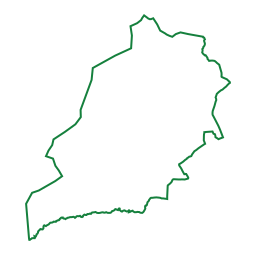 Yorosso, Sikasso, Mali
{"feature_id": "8926073B52464298998123", "entity_name": "Yorosso", "entity_type": "district", "adm_level": 2, "iso_a3": "MLI", "parent_name": "Mali", "parent_adm1": "Sikasso", "projection": "mercator", "projection_center": [-4.768, 12.344], "detail": "fine", "context": "isolated", "style": "outline", "palette": "green", "viewbox_px": 256, "rotation_deg": 0, "n_neighbors": 0, "source": "geoboundaries", "source_scale": "gbopen_adm2", "svg_char_len": 4545}
<svg xmlns="http://www.w3.org/2000/svg" viewBox="0 0 256 256"><path d="M92.8,68.0L91.6,79.9L80.6,109.9L80.8,117.1L75.4,124.3L64.9,131.9L53.5,139.4L52.2,145.1L48.5,150.6L46.0,156.2L53.0,158.6L55.4,165.8L58.8,170.5L62.1,176.2L55.2,181.1L38.8,190.5L32.1,192.8L26.1,203.8L29.0,238.2L29.4,240.6L29.6,240.0L30.4,239.3L31.5,238.7L32.0,238.2L33.9,238.1L34.7,238.2L35.1,237.6L34.9,237.1L34.6,236.7L34.5,236.2L35.2,236.5L35.9,236.3L36.4,235.2L36.5,234.4L37.4,233.7L38.0,232.6L38.1,231.5L38.6,230.8L39.4,230.3L39.6,229.8L40.3,229.3L40.3,229.2L40.8,229.0L41.2,229.2L41.8,229.4L42.6,229.4L43.4,228.4L43.5,226.3L43.9,225.6L44.1,225.4L44.3,225.3L44.7,225.5L45.0,225.7L45.9,226.1L46.9,225.3L48.7,224.4L49.3,223.7L50.3,222.7L51.8,222.6L52.6,222.4L53.1,222.1L53.5,221.7L54.2,221.7L55.2,221.8L56.0,221.7L56.3,220.9L56.7,220.8L57.7,220.6L58.2,220.1L59.1,220.1L59.6,219.5L59.8,218.8L60.6,218.5L61.0,217.8L61.8,217.5L62.8,217.5L62.9,218.1L63.2,218.3L63.5,218.5L64.2,218.5L64.8,218.7L65.4,219.1L66.1,218.6L66.9,218.3L67.4,217.8L68.4,217.7L70.2,217.1L71.8,217.1L72.3,217.0L73.5,216.8L74.4,217.2L75.0,217.8L75.7,217.3L76.5,216.4L77.2,216.1L77.7,216.1L77.8,216.1L78.3,216.2L79.1,216.2L80.0,215.8L80.7,216.3L80.9,216.8L82.0,217.1L82.9,216.6L83.1,215.7L84.0,214.9L84.4,214.6L85.4,214.9L85.7,215.0L86.5,215.0L86.9,214.5L87.3,214.1L87.6,214.0L88.3,214.1L88.9,214.0L89.6,213.7L90.1,213.5L90.9,213.9L91.4,213.4L91.6,213.0L92.1,212.5L93.0,212.4L94.3,212.3L95.5,212.0L96.2,212.4L96.6,212.6L97.1,212.9L98.5,213.0L99.9,212.9L101.3,212.5L102.5,212.3L103.3,212.4L104.0,212.7L104.9,212.7L105.6,212.4L106.2,212.2L106.8,212.5L107.5,212.8L108.7,212.9L109.8,212.9L110.7,212.7L111.5,212.0L112.1,211.1L113.0,210.9L113.9,210.5L114.9,209.7L115.1,209.4L115.3,209.1L116.1,209.3L117.1,209.8L118.0,210.1L118.3,209.6L118.5,209.4L118.7,208.7L119.2,208.4L119.7,208.6L119.7,209.3L119.5,209.8L119.6,210.1L120.5,210.6L120.8,210.9L121.0,211.2L122.0,211.6L123.0,210.8L124.1,210.4L124.7,210.4L125.0,210.7L125.3,210.9L126.8,211.5L128.0,211.3L128.5,210.8L128.5,210.7L129.0,210.3L129.4,210.6L129.3,210.9L129.2,211.2L129.1,211.7L129.0,212.2L130.2,211.8L131.5,211.1L131.9,210.9L132.2,210.8L132.6,210.7L132.8,211.0L133.3,211.5L133.7,211.7L134.5,212.2L136.0,212.2L137.1,212.0L137.3,211.9L138.4,212.0L139.1,212.0L140.3,212.7L142.2,212.9L143.3,212.1L144.4,210.4L145.3,208.6L145.1,207.3L145.1,206.4L145.4,205.7L145.9,205.4L146.3,205.6L146.8,205.1L147.2,203.6L147.4,202.8L147.4,202.4L147.5,202.2L147.9,201.8L148.9,200.7L149.1,199.9L149.9,198.9L150.3,198.3L151.1,197.8L152.3,197.8L154.8,197.5L156.5,197.4L158.6,197.6L160.2,197.8L161.6,198.4L161.9,198.4L163.1,198.4L164.5,198.6L166.1,198.8L167.2,199.0L167.2,196.2L167.7,185.9L167.8,185.4L168.9,184.5L170.0,183.6L170.6,183.0L171.6,181.9L172.3,180.3L172.7,179.6L173.7,179.2L178.9,179.5L182.1,179.4L182.9,179.4L184.7,179.5L186.9,178.9L188.0,178.6L188.3,177.9L187.8,176.7L186.6,174.7L186.2,174.0L185.6,173.9L184.8,174.2L184.3,174.2L182.7,171.4L181.2,168.4L179.7,166.2L179.2,165.4L179.1,164.4L179.3,164.0L180.3,163.6L181.2,163.0L183.0,161.8L185.4,159.7L186.6,159.0L187.2,158.1L188.0,157.7L188.6,157.2L189.2,156.7L190.5,156.4L191.3,156.1L192.1,154.4L194.4,151.2L196.3,150.0L198.5,148.2L204.2,144.3L205.1,143.8L204.9,143.2L203.8,140.4L203.9,136.0L204.0,134.2L204.3,133.2L204.4,132.9L204.3,132.2L205.6,132.0L209.8,131.7L211.5,131.6L212.5,131.5L212.9,132.4L213.4,133.6L214.1,134.0L214.8,134.1L215.2,135.0L215.4,136.2L215.5,137.2L215.9,137.4L216.1,137.6L217.3,138.3L218.5,139.2L220.0,138.5L221.7,137.9L223.0,137.4L220.0,129.6L218.3,125.7L213.6,116.6L212.6,114.8L212.5,113.1L212.7,111.1L214.5,105.9L215.7,101.4L216.2,100.4L216.2,99.1L215.9,98.1L215.6,97.4L216.0,96.4L216.5,94.9L216.8,93.9L218.7,92.1L221.0,90.3L222.5,89.6L224.5,87.8L226.2,86.5L227.4,85.1L229.0,83.5L229.9,82.9L229.9,82.4L229.7,81.9L228.1,80.5L226.9,79.3L223.5,77.8L222.4,77.3L221.8,77.0L221.5,76.7L221.6,74.2L221.5,72.7L219.2,64.7L217.0,63.0L216.0,62.0L214.6,60.9L212.8,60.6L210.7,60.6L210.1,60.8L209.1,60.9L208.7,60.2L207.5,58.9L207.5,58.0L207.1,57.3L205.6,55.2L204.9,55.4L203.1,53.8L202.2,52.5L202.5,51.1L202.6,50.1L202.3,49.1L202.9,48.4L203.3,47.7L203.3,47.0L204.4,45.7L204.8,44.6L204.9,43.6L204.6,42.5L204.2,41.4L204.1,40.5L204.5,39.8L204.9,39.4L204.5,38.5L204.2,37.7L203.3,37.5L202.9,37.0L202.9,36.7L188.3,34.1L180.5,32.4L175.8,34.1L172.3,36.8L169.4,35.8L166.6,34.5L165.1,33.4L160.2,30.6L157.2,24.4L153.2,18.3L151.1,19.1L149.8,19.2L148.2,18.5L146.7,17.3L144.1,15.4L142.2,18.0L141.1,20.1L137.1,23.2L130.5,26.2L131.9,35.5L131.1,48.3L115.2,55.6L92.8,68.0Z" fill="none" stroke="#15803d" stroke-width="2"/></svg>